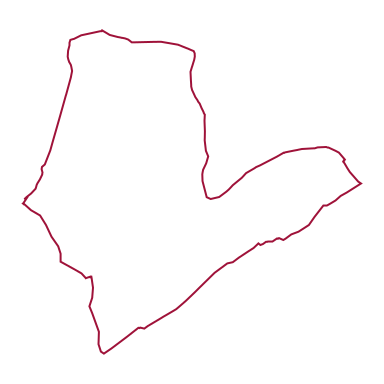 the district of Al Quoz, South Kordufan, Sudan
{"feature_id": "16777658B4110492233788", "entity_name": "Al Quoz", "entity_type": "district", "adm_level": 2, "iso_a3": "SDN", "parent_name": "Sudan", "parent_adm1": "South Kordufan", "projection": "equal_earth", "projection_center": [29.964, 12.456], "detail": "fine", "context": "isolated", "style": "outline", "palette": "rose", "viewbox_px": 384, "rotation_deg": 0, "n_neighbors": 0, "source": "geoboundaries", "source_scale": "gbopen_adm2", "svg_char_len": 2993}
<svg xmlns="http://www.w3.org/2000/svg" viewBox="0 0 384 384"><path d="M24.3,199.1L26.5,198.5L23.3,203.3L23.0,203.5L23.7,204.1L23.9,203.8L31.0,210.2L38.4,214.5L40.1,215.5L46.0,225.0L51.5,236.7L58.2,246.3L60.6,253.7L60.6,261.7L74.0,269.1L81.5,273.4L85.7,278.0L85.8,278.2L87.2,277.7L90.5,276.6L90.6,277.2L91.4,276.9L91.6,278.0L93.0,287.7L92.2,297.8L89.4,306.3L90.8,309.8L92.2,313.2L98.9,331.8L98.6,341.6L98.5,344.2L100.9,351.6L103.9,353.6L111.4,348.5L126.8,336.9L138.4,327.8L139.6,328.1L140.2,327.6L143.1,328.3L144.3,328.6L148.0,325.9L154.1,322.3L160.8,318.3L162.9,317.0L163.0,316.9L166.0,315.2L172.3,311.5L176.0,309.3L176.3,309.1L178.9,306.9L185.8,300.9L195.1,292.0L196.8,290.3L199.0,288.1L204.1,283.1L214.6,272.8L227.3,263.4L232.8,262.2L238.9,257.6L248.9,251.0L253.6,248.0L257.4,244.4L258.4,243.4L260.4,245.0L263.0,244.0L266.0,241.8L267.4,241.8L267.9,241.5L272.5,241.5L277.1,238.4L277.9,238.8L279.0,238.1L283.3,240.0L285.5,238.7L291.3,234.4L298.5,231.7L308.9,225.0L314.6,216.8L323.4,205.5L324.9,205.5L326.9,205.5L327.7,205.1L330.0,203.8L335.5,200.5L340.7,195.9L346.8,192.5L361.0,183.5L358.2,181.6L349.8,172.0L347.3,168.1L344.5,163.3L343.9,162.5L343.2,161.7L343.5,161.3L344.2,160.7L343.9,160.3L344.8,159.5L344.3,158.9L343.2,157.6L338.9,152.6L335.5,150.8L328.4,147.5L327.4,147.5L326.2,147.0L322.0,147.2L317.6,147.4L315.7,148.0L314.8,148.3L312.2,148.4L301.9,149.0L298.0,149.8L297.7,149.9L296.1,150.2L293.4,150.7L285.0,152.4L284.1,152.9L283.7,152.7L276.8,156.7L259.8,165.5L256.1,167.1L254.7,168.1L253.0,169.1L246.1,173.1L241.8,177.8L232.8,185.2L230.7,187.5L228.7,189.6L226.3,191.7L219.2,197.0L210.7,199.0L206.7,197.2L202.6,181.4L202.5,180.8L202.5,180.3L202.3,174.3L202.6,172.4L203.1,169.8L206.2,163.3L208.2,156.4L208.0,155.9L205.9,150.8L205.8,149.9L205.7,149.0L204.7,140.4L204.8,137.1L204.9,131.4L204.5,120.6L204.6,118.9L204.8,114.6L204.6,114.4L203.7,112.8L203.7,112.4L202.1,109.1L202.0,108.9L201.9,108.8L201.2,107.2L199.7,103.6L198.1,101.6L197.8,100.9L197.4,100.1L195.4,97.2L192.6,91.1L192.1,90.1L191.3,86.9L191.2,86.3L191.2,85.0L190.9,80.1L190.5,71.8L192.0,66.8L192.1,66.6L193.0,63.7L193.1,63.3L194.2,59.8L194.8,56.6L194.7,54.1L194.7,53.4L193.7,51.1L191.5,50.2L187.4,48.4L187.0,48.3L178.0,44.7L170.5,43.4L169.4,43.2L165.2,42.5L162.3,42.0L161.1,41.8L159.4,41.8L152.6,41.9L135.6,42.3L132.8,42.3L131.7,42.3L129.7,40.7L128.1,39.5L125.0,38.4L122.5,37.9L122.0,37.9L120.9,37.6L118.9,37.2L118.1,37.1L110.7,35.2L109.9,35.0L109.3,34.7L108.0,33.9L107.7,33.7L102.1,30.4L101.7,31.2L100.3,31.2L85.9,34.3L81.2,35.3L74.0,38.9L72.7,39.2L70.4,39.9L69.5,42.7L69.5,45.4L68.1,50.7L67.8,55.1L67.7,56.7L68.2,59.0L68.4,59.7L69.3,62.3L69.5,62.5L70.8,64.8L71.0,65.5L71.4,67.2L72.1,71.0L71.3,75.0L70.9,77.2L70.8,77.6L66.1,94.8L65.9,95.3L65.3,97.4L60.0,116.3L56.6,128.2L52.5,142.5L50.3,150.4L44.8,164.5L42.0,166.9L41.6,169.1L42.5,172.5L42.3,173.5L42.2,174.6L39.9,179.4L37.4,183.4L36.6,185.1L36.3,186.4L35.6,188.7L31.1,193.5L28.2,195.8L26.3,197.3L26.2,197.6L24.3,199.1Z" fill="none" stroke="#9f1239" stroke-width="2"/></svg>